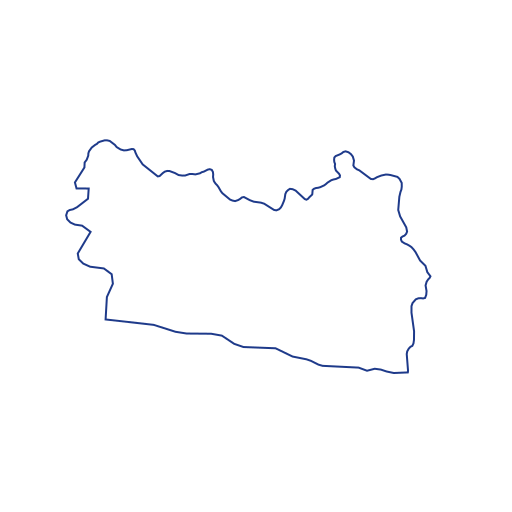 the Autonomous Community of Castellón, rotated 64°
{"feature_id": "ESP-5814", "entity_name": "Castellón", "entity_type": "Autonomous Community", "adm_level": 1, "iso_a3": "ESP", "parent_name": "Spain", "parent_adm1": "", "projection": "robinson", "projection_center": [-0.258, 40.248], "detail": "fine", "context": "isolated", "style": "outline", "palette": "blue", "viewbox_px": 512, "rotation_deg": 64, "n_neighbors": 0, "source": "natural_earth", "source_scale": "10m", "svg_char_len": 2807}
<svg xmlns="http://www.w3.org/2000/svg" viewBox="0 0 512 512"><g transform="rotate(64 256 256)"><path d="M427.2,170.6L425.6,174.2L421.6,183.4L417.1,189.2L412.8,193.6L409.4,198.7L407.8,206.5L401.3,212.7L383.9,244.3L381.0,247.5L374.3,252.6L371.0,255.9L362.4,267.2L347.5,278.9L332.3,307.2L325.4,314.1L312.6,321.6L306.2,330.4L295.3,352.3L288.8,361.6L273.0,378.2L247.1,419.0L227.5,408.0L218.2,396.8L209.1,393.7L200.5,398.2L192.9,409.8L187.1,414.6L181.2,416.7L175.6,415.1L161.8,394.1L152.5,399.0L148.4,405.0L144.6,408.1L140.2,409.6L136.2,408.8L133.2,405.9L133.0,403.3L133.8,400.1L133.7,395.5L130.9,381.9L122.0,376.8L116.6,387.7L110.5,386.5L101.2,371.4L96.8,369.0L95.3,366.0L92.3,362.8L90.3,361.7L88.7,360.2L86.5,356.1L85.6,351.8L85.5,349.8L84.8,348.0L84.9,345.9L85.7,341.3L86.8,339.1L88.5,337.0L94.3,334.1L97.0,333.5L100.3,331.4L101.0,330.9L103.2,328.4L104.3,325.7L105.4,320.7L106.3,319.2L108.1,318.7L110.1,319.0L114.3,319.1L124.0,317.7L141.4,309.4L141.9,307.6L140.6,303.4L140.2,301.0L140.6,298.6L141.7,296.5L145.9,292.5L149.3,290.1L151.4,287.0L152.6,284.4L153.2,279.7L154.3,277.4L156.1,274.7L157.1,270.1L156.9,268.0L157.3,265.9L157.2,261.5L157.7,259.5L159.2,258.0L161.6,257.9L163.9,258.7L166.2,260.0L170.0,261.0L171.4,260.9L173.3,260.6L175.4,259.9L177.7,259.5L182.4,259.2L184.8,258.7L193.9,254.6L195.9,252.8L197.5,250.7L197.9,247.5L197.7,245.1L197.2,243.0L197.7,241.0L203.1,237.1L206.2,234.2L210.2,228.2L212.6,225.7L222.5,219.6L223.9,217.7L224.1,214.7L223.3,212.4L221.8,210.2L218.7,206.7L217.0,205.1L213.2,202.5L211.6,200.6L210.8,198.3L210.5,196.1L212.0,193.8L214.6,191.7L226.2,187.2L227.5,186.0L227.4,184.2L226.6,182.4L225.4,178.6L225.1,178.3L221.4,176.1L221.0,174.4L221.2,172.3L221.9,170.3L222.3,168.1L222.4,163.7L222.0,161.6L221.4,159.5L220.9,155.1L221.2,152.8L221.8,150.4L221.9,146.2L220.4,145.2L218.5,145.3L214.2,146.7L212.0,146.4L209.8,145.8L208.0,144.6L205.8,144.4L203.7,143.6L201.8,142.4L201.1,140.6L201.4,136.3L201.3,134.0L200.8,131.9L201.2,129.6L203.3,127.4L206.1,126.0L209.1,125.4L213.2,126.1L217.3,128.8L219.4,128.7L222.3,127.3L224.3,125.6L237.1,119.0L238.3,117.1L238.4,115.0L238.2,112.7L238.6,108.1L239.7,103.6L240.8,101.6L242.2,99.6L246.9,94.2L249.6,93.2L254.2,93.0L257.6,94.6L260.0,96.2L261.8,98.1L265.6,101.2L277.0,108.0L283.6,109.1L296.1,108.4L300.3,109.5L301.9,111.3L302.8,113.6L302.7,115.7L303.1,117.6L304.8,118.5L307.0,118.6L309.8,116.9L311.8,115.1L314.0,113.6L316.1,112.4L319.1,111.5L322.5,110.9L332.0,110.5L339.1,108.0L345.6,109.1L350.7,108.1L351.8,109.5L352.5,111.5L353.9,113.9L356.8,116.5L362.3,118.1L365.5,120.0L367.8,122.4L367.4,124.4L366.2,126.2L365.2,128.6L365.0,131.4L366.9,135.9L369.2,138.2L375.1,141.1L392.9,146.9L400.7,150.8L403.6,152.8L405.3,154.9L405.3,156.9L406.2,159.3L408.0,161.9L410.2,163.5L425.9,169.7L427.2,170.6Z" fill="none" stroke="#1e3a8a" stroke-width="2"/></g></svg>